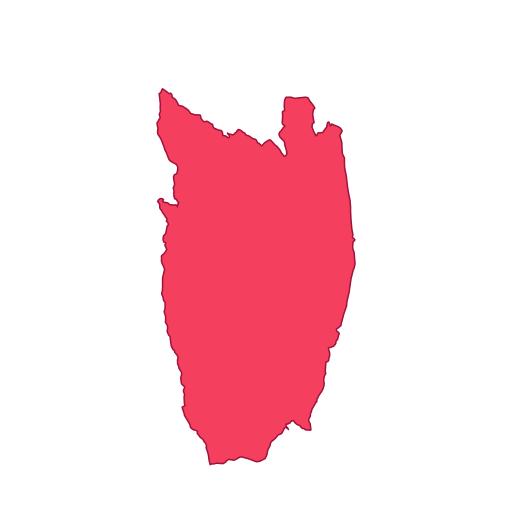 Valle De San Juan, Tolima, Colombia, rotated 337°
{"feature_id": "7082276B19583414449803", "entity_name": "Valle De San Juan", "entity_type": "district", "adm_level": 2, "iso_a3": "COL", "parent_name": "Colombia", "parent_adm1": "Tolima", "projection": "equal_earth", "projection_center": [-75.172, 4.189], "detail": "fine", "context": "isolated", "style": "filled", "palette": "rose", "viewbox_px": 512, "rotation_deg": 337, "n_neighbors": 0, "source": "geoboundaries", "source_scale": "gbopen_adm2", "svg_char_len": 6141}
<svg xmlns="http://www.w3.org/2000/svg" viewBox="0 0 512 512"><g transform="rotate(337 256 256)"><path d="M132.3,430.1L134.0,430.1L136.0,430.9L138.7,431.3L143.6,433.8L145.0,434.3L147.9,433.7L149.1,432.9L151.1,432.6L152.2,433.0L155.4,435.1L156.8,435.5L162.6,434.8L163.5,435.1L164.4,435.4L170.3,440.1L175.7,445.3L177.6,446.1L180.0,446.4L185.3,446.0L188.4,443.1L191.3,438.9L194.8,436.1L196.3,433.9L197.4,433.0L202.3,431.5L206.6,429.3L209.5,429.5L210.6,429.2L214.2,426.1L215.6,425.2L216.5,425.5L218.0,427.8L218.1,427.0L217.6,425.7L217.3,424.1L217.9,422.7L218.2,422.5L219.6,423.2L220.2,422.8L222.3,422.9L224.2,421.6L226.1,422.3L226.8,425.0L227.8,426.8L228.4,427.7L229.3,428.2L230.1,429.6L231.0,432.3L231.5,433.0L232.4,433.4L233.2,434.2L233.5,435.3L238.2,437.6L238.6,437.5L240.3,431.8L240.1,428.7L240.6,427.1L243.5,424.6L244.4,422.6L245.5,421.6L247.6,419.0L254.0,414.1L254.1,413.8L254.5,413.5L255.0,413.8L255.9,412.0L256.6,411.2L257.8,410.5L258.9,409.3L264.4,405.7L265.8,404.4L267.3,402.6L268.2,401.4L269.0,399.8L269.6,397.3L271.0,394.6L273.0,392.2L273.9,391.8L274.3,391.3L274.8,389.0L278.2,382.3L279.2,381.0L280.8,381.2L282.0,380.6L283.5,378.0L284.6,377.0L285.9,374.2L286.5,369.5L287.3,368.8L288.7,369.3L292.4,369.3L294.7,368.1L295.4,367.4L296.1,366.0L298.6,364.5L301.4,360.8L301.9,360.5L302.3,359.9L302.2,359.0L301.9,358.1L301.3,357.4L301.0,356.1L301.2,355.1L302.1,354.4L303.9,354.3L307.2,353.0L307.9,351.7L314.2,343.6L319.9,337.3L321.7,333.8L327.7,325.5L334.5,314.2L339.6,307.4L341.8,305.2L344.1,301.9L347.6,291.4L347.8,290.3L347.9,287.3L348.5,285.4L350.6,281.4L351.2,280.8L352.6,280.4L353.3,279.7L353.2,278.7L352.2,277.3L352.3,275.9L353.5,274.4L354.8,268.5L357.6,259.8L360.4,252.1L362.2,247.8L364.2,241.9L365.9,233.6L367.4,227.5L370.3,217.9L372.0,209.7L372.8,207.4L375.7,200.3L375.5,195.7L377.4,190.0L379.4,184.8L380.0,179.3L380.3,178.0L380.6,177.4L383.6,175.2L384.1,174.5L384.1,173.1L383.4,170.8L381.9,168.8L378.8,165.8L377.6,164.3L377.1,164.2L375.7,165.3L375.4,165.3L375.3,164.7L375.5,161.8L375.4,161.3L375.1,161.0L374.0,161.2L371.6,164.6L370.8,165.3L367.7,167.0L366.6,168.0L365.8,168.2L363.1,167.8L361.5,166.9L360.4,167.4L358.9,168.9L358.2,168.6L357.8,164.2L357.9,159.3L359.5,156.4L361.3,156.0L361.7,155.6L362.5,151.5L363.7,147.4L366.3,143.5L367.6,143.2L367.9,142.8L367.6,140.0L366.1,134.3L365.7,131.1L365.2,130.2L363.2,129.0L353.0,125.9L350.3,123.5L346.0,121.7L345.1,121.9L343.5,123.5L342.6,124.8L340.4,129.4L339.5,132.5L338.8,133.3L337.0,133.4L336.6,133.8L334.9,138.2L332.2,143.5L332.0,145.0L332.4,146.1L333.2,147.2L333.2,147.9L331.1,148.6L328.3,150.4L326.0,151.4L324.8,152.7L324.5,153.8L324.6,156.2L326.6,161.2L326.6,162.6L325.8,165.8L325.2,170.9L324.4,173.7L323.9,174.4L322.6,175.2L321.3,175.4L320.5,174.2L320.2,172.4L319.8,171.6L319.4,167.5L318.0,163.0L317.1,161.8L314.8,155.2L314.2,154.5L313.3,154.3L310.3,154.7L308.1,155.2L304.4,156.8L303.8,155.9L303.0,154.1L303.0,153.6L302.2,153.1L301.6,151.9L301.6,149.4L301.4,148.9L300.4,147.7L298.9,146.8L296.7,143.1L294.2,140.8L293.9,140.2L293.7,138.4L292.2,136.7L291.7,135.3L291.2,134.5L289.6,132.8L288.6,132.8L288.1,133.4L287.4,133.3L287.0,134.0L286.4,134.3L285.0,134.5L282.8,135.5L282.2,135.5L278.6,132.9L277.9,131.9L277.7,132.1L277.8,132.8L278.4,134.0L278.4,135.6L277.4,136.4L276.7,136.3L276.0,135.5L275.7,134.5L275.2,134.3L274.9,133.5L273.5,132.8L272.6,131.9L273.3,129.7L273.4,128.0L273.2,127.4L272.5,126.4L270.7,125.6L270.2,124.7L269.2,124.0L268.5,122.9L267.8,122.8L267.0,120.7L267.4,117.7L266.5,117.1L264.3,113.6L263.6,112.9L262.6,112.5L260.8,112.3L260.2,111.5L259.6,109.9L259.2,107.8L259.7,105.5L259.7,104.8L259.4,104.2L255.3,102.4L251.9,99.6L251.5,98.8L250.7,95.5L249.7,93.6L246.9,89.5L243.6,87.0L243.5,83.2L243.0,80.3L241.2,77.5L241.0,76.9L241.6,74.5L241.2,73.1L240.8,72.7L239.3,72.5L238.0,69.9L235.3,65.6L234.6,66.0L232.0,68.5L230.3,68.7L227.6,77.9L226.6,80.4L226.0,81.3L224.5,85.6L222.3,87.8L221.8,91.1L221.4,91.7L220.0,92.4L219.3,93.2L216.9,94.8L216.3,96.7L215.6,100.3L214.2,102.6L213.6,104.1L213.3,106.0L214.0,109.2L214.2,112.5L214.0,119.5L213.6,123.0L213.9,126.0L213.6,132.5L213.9,134.3L215.0,136.1L218.5,140.7L218.7,141.7L218.6,144.1L216.7,147.4L215.2,149.1L214.6,149.3L212.7,149.3L211.3,150.5L210.5,152.1L209.6,156.3L209.1,158.0L208.3,159.3L206.6,160.7L206.2,161.9L206.2,163.2L205.3,165.5L204.7,166.1L204.5,167.7L203.7,168.6L203.9,170.1L203.5,171.2L203.7,171.8L204.5,172.2L205.0,173.9L205.1,175.4L205.7,176.5L204.6,177.4L204.2,178.2L203.0,179.5L202.9,178.5L202.3,177.7L199.8,176.8L196.9,175.1L196.2,174.3L195.6,172.7L192.6,170.7L191.7,169.8L191.6,169.4L191.7,169.0L192.8,168.0L192.1,166.6L190.8,165.9L189.4,165.8L188.0,166.4L186.7,167.5L187.4,169.0L187.3,170.9L187.2,171.8L186.3,173.9L186.2,175.0L186.9,177.6L186.9,179.4L187.3,180.4L187.4,181.9L188.0,183.1L187.8,184.5L188.5,186.2L188.6,186.7L188.2,187.7L187.1,189.0L187.9,190.8L187.7,192.6L187.3,193.1L185.9,193.8L181.6,200.1L179.1,201.1L178.1,202.2L177.1,204.0L176.6,206.0L176.6,206.9L176.7,207.3L177.8,208.1L178.0,208.6L177.8,209.1L176.6,210.0L176.3,210.8L176.4,214.8L176.1,215.4L173.5,217.2L171.8,218.1L169.4,218.7L168.7,219.5L168.0,221.6L167.2,223.0L166.9,224.3L166.6,226.3L166.8,228.7L166.8,230.5L166.4,233.3L165.4,234.2L161.4,239.8L157.5,248.9L156.5,250.9L154.5,253.7L154.3,254.5L154.4,257.5L153.6,260.2L153.7,261.3L154.2,263.1L151.8,268.8L150.0,270.9L149.6,271.8L149.3,275.5L148.7,277.7L146.7,281.7L147.3,285.2L146.6,287.6L144.7,290.7L144.7,294.5L145.4,297.0L144.4,299.7L142.8,306.0L143.1,309.6L143.9,311.2L143.6,312.9L144.4,315.6L144.7,317.3L144.7,319.0L143.1,321.0L141.7,324.7L141.7,327.4L141.3,328.9L141.3,330.3L141.9,333.1L141.8,334.9L140.2,337.4L139.1,338.7L137.6,343.9L137.7,345.4L139.0,347.9L139.1,348.8L138.3,349.8L136.9,351.0L136.6,351.4L136.2,353.0L136.3,354.5L136.1,355.5L134.6,357.9L132.5,363.7L132.3,365.3L131.8,366.0L129.1,366.2L128.8,366.9L128.3,373.2L127.9,374.8L129.3,385.2L128.9,387.1L128.8,388.7L130.3,391.3L132.6,393.2L133.5,394.3L133.5,395.1L132.9,395.6L132.6,396.8L132.9,397.6L133.3,398.3L133.6,400.6L135.4,403.9L135.7,406.5L136.4,408.8L136.5,409.6L136.1,411.4L135.9,412.3L135.2,412.9L134.8,418.1L134.4,420.6L132.8,426.6L132.3,430.1Z" fill="#f43f5e" stroke="#9f1239" stroke-width="1.5"/></g></svg>